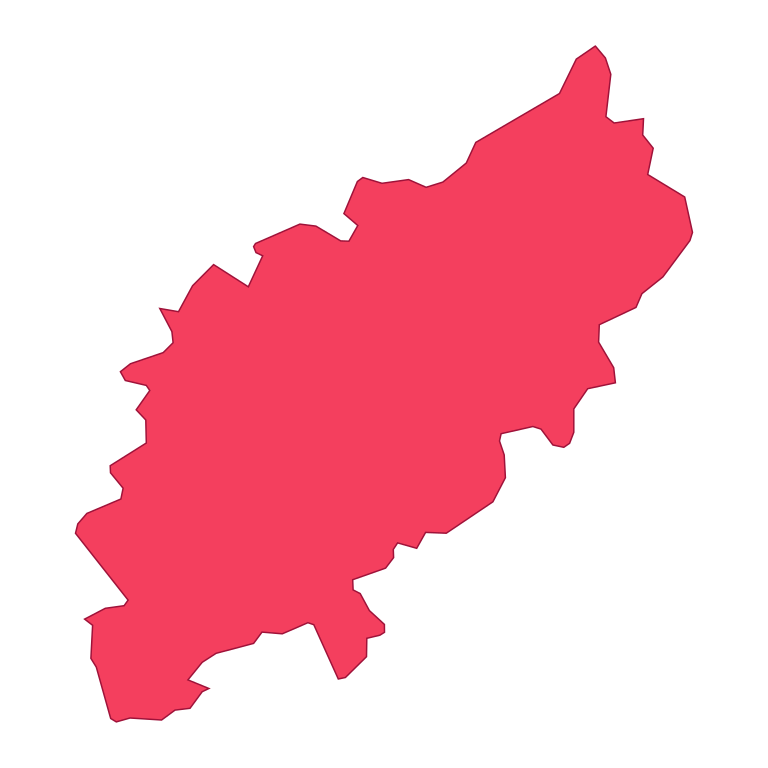 outline of Northamptonshire
{"feature_id": "GBR-2749", "entity_name": "Northamptonshire", "entity_type": "Administrative County", "adm_level": 1, "iso_a3": "GBR", "parent_name": "United Kingdom", "parent_adm1": "", "projection": "mercator", "projection_center": [-0.87, 52.306], "detail": "fine", "context": "isolated", "style": "filled", "palette": "rose", "viewbox_px": 768, "rotation_deg": 0, "n_neighbors": 0, "source": "natural_earth", "source_scale": "10m", "svg_char_len": 1571}
<svg xmlns="http://www.w3.org/2000/svg" viewBox="0 0 768 768"><path d="M492.9,501.8L446.3,533.2L425.6,532.4L416.7,548.3L397.6,542.9L393.3,549.4L393.6,557.6L385.6,568.1L352.7,579.7L353.1,589.9L360.2,593.6L369.4,610.6L384.4,624.4L384.5,632.3L379.9,635.2L366.8,638.3L366.5,656.7L359.6,663.5L345.4,677.5L338.3,679.0L313.8,624.7L307.9,622.7L282.3,633.8L262.0,632.1L253.6,643.4L216.1,653.3L202.2,662.3L187.9,679.9L208.9,688.5L202.2,691.7L190.0,708.3L175.0,710.1L161.6,720.0L130.0,718.0L116.3,721.9L110.7,718.5L96.3,667.1L90.9,658.4L92.6,625.3L84.6,619.1L105.3,608.3L124.1,605.7L128.1,600.1L75.5,533.3L77.8,523.9L86.9,513.4L120.9,499.0L123.1,488.2L110.5,472.8L110.2,465.7L146.3,443.0L145.8,420.0L136.2,409.8L149.8,390.5L146.3,385.4L125.3,380.5L120.4,371.7L130.5,363.7L163.2,352.6L173.1,342.7L171.9,331.6L159.8,308.5L178.5,311.7L192.6,285.7L213.6,264.6L248.3,286.8L262.7,255.8L256.0,252.6L253.6,246.6L255.5,243.5L299.9,224.1L315.9,226.1L340.7,240.9L348.9,241.2L357.8,225.5L343.9,213.6L357.4,181.5L362.8,177.5L382.0,183.3L408.6,179.6L426.1,187.3L442.8,182.1L445.7,179.8L466.3,163.0L475.8,142.4L559.5,93.5L576.3,59.1L595.1,46.2L595.4,46.1L605.4,58.0L610.8,74.3L605.9,116.7L614.1,123.0L643.5,118.7L643.2,125.3L642.7,135.0L653.2,148.2L647.7,174.5L684.7,197.0L692.5,232.4L689.9,240.6L662.9,276.9L641.9,293.7L636.0,307.4L599.3,324.7L598.6,342.1L613.7,367.7L615.4,382.8L587.7,388.7L573.8,408.9L573.8,432.3L569.6,443.3L563.8,447.3L552.9,445.0L541.0,429.1L532.9,426.5L501.1,433.7L499.5,441.0L504.2,454.9L505.4,477.7L492.9,501.8Z" fill="#f43f5e" stroke="#9f1239" stroke-width="1.5"/></svg>